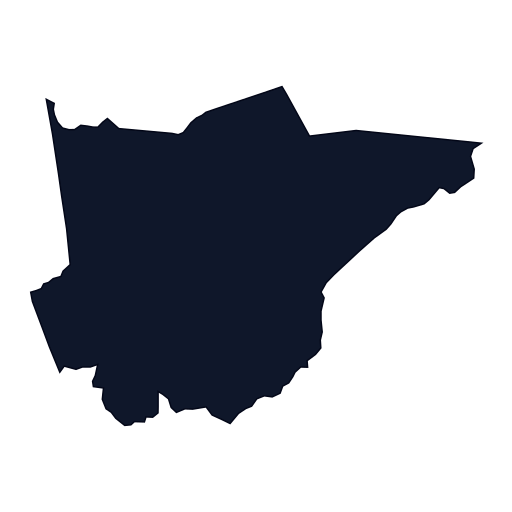 outline of Ereré, Ceará, Brazil
{"feature_id": "56859067B52861098652317", "entity_name": "Ereré", "entity_type": "district", "adm_level": 2, "iso_a3": "BRA", "parent_name": "Brazil", "parent_adm1": "Ceará", "projection": "albers", "projection_center": [-38.316, -5.99], "detail": "fine", "context": "isolated", "style": "filled", "palette": "ink", "viewbox_px": 512, "rotation_deg": 0, "n_neighbors": 0, "source": "geoboundaries", "source_scale": "gbopen_adm2", "svg_char_len": 1579}
<svg xmlns="http://www.w3.org/2000/svg" viewBox="0 0 512 512"><path d="M481.3,143.2L356.1,130.5L309.5,136.1L286.7,94.6L282.0,86.6L262.1,93.4L216.7,108.6L205.9,112.3L202.1,115.3L196.6,117.9L190.9,122.8L187.0,128.0L183.3,132.6L178.2,134.7L172.0,133.4L118.8,128.6L107.4,118.5L102.8,122.1L97.8,127.2L92.9,127.1L87.5,126.1L80.8,125.3L74.6,129.6L69.0,129.7L62.5,128.0L57.4,122.1L54.4,114.8L53.3,109.3L54.2,103.4L46.3,99.3L52.5,134.0L58.5,173.7L61.6,195.7L66.6,228.7L70.2,264.6L63.1,271.1L60.9,276.5L53.2,278.6L48.5,282.5L43.7,283.9L41.3,288.6L36.2,290.6L30.7,292.2L32.4,301.4L42.4,328.0L49.3,346.6L59.8,372.2L64.2,366.1L76.0,369.3L82.4,367.0L90.3,367.0L97.7,364.4L95.3,375.6L92.6,381.3L93.4,386.6L103.5,388.0L102.3,399.3L106.1,408.8L111.3,412.3L115.8,418.3L124.7,425.4L130.9,424.8L134.4,421.6L144.4,421.9L146.0,416.9L152.7,417.2L158.0,412.9L158.1,406.6L158.1,391.5L162.8,394.3L168.5,398.8L171.2,407.5L176.4,412.4L184.9,408.8L192.7,409.1L206.1,406.9L212.1,415.0L221.7,419.4L230.1,423.5L238.5,413.4L245.8,408.5L251.6,406.2L256.8,398.8L264.3,395.8L272.2,396.9L280.1,393.2L282.7,386.1L288.7,382.9L292.8,376.7L295.0,372.2L300.7,367.0L307.6,367.2L307.1,360.7L315.5,354.4L320.8,348.0L320.3,340.1L322.2,332.0L321.0,320.2L321.0,311.1L324.1,297.9L321.0,292.0L326.2,282.7L334.0,274.6L359.5,250.9L374.3,237.8L380.3,233.5L386.2,229.2L390.8,224.0L396.4,215.7L400.7,211.9L407.5,208.1L413.6,206.9L424.1,203.8L428.9,199.8L439.2,187.6L444.0,188.6L449.7,193.2L454.6,192.4L460.7,186.7L473.7,178.1L474.2,169.1L470.5,156.4L473.1,148.6L481.3,143.2Z" fill="#0f172a" stroke="#020617" stroke-width="1.5"/></svg>